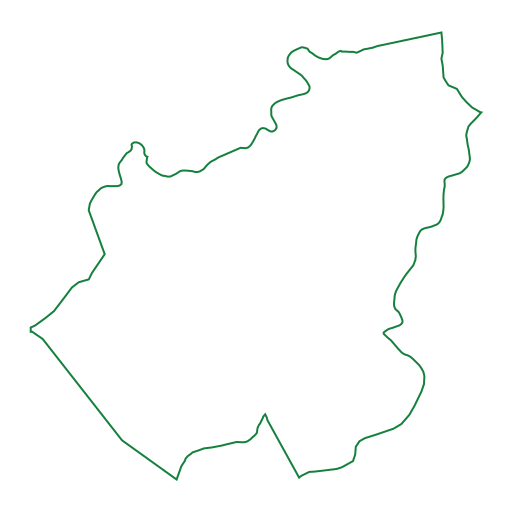 the district of Reunion, Choiseul, Saint Lucia
{"feature_id": "8701671B26165957358131", "entity_name": "Reunion", "entity_type": "district", "adm_level": 2, "iso_a3": "LCA", "parent_name": "Saint Lucia", "parent_adm1": "Choiseul", "projection": "mercator", "projection_center": [-61.044, 13.779], "detail": "fine", "context": "isolated", "style": "outline", "palette": "green", "viewbox_px": 512, "rotation_deg": 0, "n_neighbors": 0, "source": "geoboundaries", "source_scale": "gbopen_adm2", "svg_char_len": 6020}
<svg xmlns="http://www.w3.org/2000/svg" viewBox="0 0 512 512"><path d="M424.3,378.1L424.4,377.0L424.2,375.2L423.6,372.9L423.3,371.7L422.9,370.9L422.3,370.0L421.9,369.1L421.0,367.7L419.3,365.3L418.9,364.8L417.5,363.5L416.6,362.5L414.9,360.9L413.4,359.4L411.0,357.2L409.2,356.1L407.6,355.3L405.2,354.6L403.7,353.9L401.5,352.4L400.6,351.3L399.5,350.2L398.1,348.7L394.1,344.0L392.1,341.6L390.8,340.2L389.3,339.0L388.0,337.9L385.1,335.2L383.9,334.0L383.6,333.3L383.7,332.5L384.3,332.0L386.1,330.6L388.1,329.3L389.1,328.9L390.2,328.5L391.1,328.2L392.2,328.0L394.8,327.0L398.9,325.6L400.1,325.0L400.8,324.4L401.6,323.7L402.1,322.8L402.5,322.1L402.4,320.3L402.0,319.1L401.3,317.3L399.8,314.0L398.8,312.2L397.8,311.2L396.0,309.7L395.2,308.7L394.7,307.5L394.3,306.6L394.2,305.8L394.0,304.5L394.1,302.0L394.5,298.5L394.6,296.8L394.8,295.1L395.2,293.6L395.8,291.9L396.3,290.6L400.0,283.8L401.7,281.0L402.5,279.8L404.0,277.4L405.5,275.3L406.4,274.0L408.8,271.0L410.9,268.3L412.5,266.4L413.3,265.2L414.1,263.4L414.8,261.2L415.5,259.7L415.4,258.6L415.8,257.0L415.8,256.0L415.4,251.0L415.4,249.1L415.7,245.9L416.0,244.1L416.4,239.8L417.0,237.6L417.5,236.4L417.9,235.3L419.8,231.8L420.4,230.8L422.1,229.3L423.1,228.9L425.0,228.2L427.9,227.5L429.7,227.1L431.5,226.6L433.0,226.1L433.7,225.7L436.0,224.9L437.5,224.1L437.8,223.8L438.4,223.3L439.6,221.9L440.2,220.9L440.7,220.0L441.1,218.8L441.4,217.9L442.0,216.0L442.3,215.5L442.8,213.8L443.2,211.2L443.4,209.1L443.6,207.3L443.5,204.3L443.5,201.9L443.4,199.0L443.5,194.9L443.7,192.7L444.0,189.7L444.7,186.5L444.7,185.0L444.6,182.9L444.4,181.1L444.5,180.6L444.7,179.3L445.8,178.0L447.9,176.8L448.9,176.4L453.3,175.2L459.9,173.2L460.8,172.6L462.0,171.8L462.9,171.0L466.7,167.3L467.5,166.2L468.3,164.6L468.9,163.1L469.5,161.6L470.0,158.4L469.7,157.3L469.6,155.7L469.2,153.4L469.0,151.0L468.3,147.4L468.0,146.2L467.6,144.4L467.4,142.6L467.2,141.4L466.8,138.4L466.4,136.7L466.2,135.5L466.4,134.2L466.9,131.8L467.7,129.1L468.5,126.5L468.7,126.2L470.9,123.5L471.9,122.5L472.3,122.2L474.0,120.4L474.4,120.1L476.4,117.9L476.9,117.5L477.5,116.8L477.7,116.5L481.3,112.4L480.2,112.2L472.0,107.4L466.3,101.9L461.9,97.0L456.9,88.9L453.1,87.3L448.4,85.3L445.5,80.8L443.6,77.6L442.7,65.6L441.4,58.7L442.7,52.6L442.1,39.9L441.4,32.5L379.6,45.6L378.0,45.9L374.9,46.9L372.5,47.8L371.1,48.0L367.8,48.7L363.7,49.4L361.9,50.3L358.5,51.9L356.5,52.7L353.5,51.9L349.7,51.9L345.7,51.6L341.9,51.6L340.9,50.9L340.0,51.1L338.4,51.7L335.6,53.8L333.3,55.0L329.3,58.4L327.5,59.1L324.3,59.1L322.6,58.9L318.4,57.4L315.5,55.8L312.0,53.1L309.4,51.6L307.6,48.7L306.4,48.3L304.6,47.7L302.3,47.3L301.4,47.3L297.1,49.2L293.6,50.9L292.9,51.3L291.5,52.3L290.9,52.9L290.4,53.5L288.8,55.6L287.8,57.7L287.5,60.6L287.5,61.3L287.7,63.0L287.9,63.9L288.4,65.0L288.8,65.7L290.2,67.5L291.0,68.3L293.1,69.6L294.6,70.6L295.4,71.2L300.7,74.8L301.7,75.6L302.8,76.8L303.8,78.1L304.7,79.0L305.6,80.0L306.7,81.4L307.6,82.9L309.1,85.6L309.5,86.5L309.6,87.7L309.4,88.9L309.1,90.1L308.3,91.4L307.5,92.3L306.1,93.1L304.9,93.7L304.0,94.0L298.0,95.3L291.5,97.4L286.2,98.7L282.0,99.9L279.1,101.0L276.2,102.4L274.6,103.6L272.8,105.4L271.9,106.5L271.5,107.7L271.2,108.9L271.3,114.3L271.4,115.8L271.6,116.3L272.8,118.5L273.5,119.7L275.2,122.8L275.9,124.1L276.4,125.2L276.6,127.1L276.3,128.5L274.7,130.4L273.3,131.2L272.3,131.5L271.3,131.5L270.4,131.4L268.3,130.3L267.2,129.7L266.3,128.9L265.5,128.6L264.4,128.3L263.4,128.1L262.7,128.1L262.2,128.2L261.4,128.4L260.8,128.7L259.7,129.6L258.7,130.6L257.8,132.3L257.1,133.9L256.7,134.5L255.6,136.5L254.6,138.7L252.3,142.8L251.3,144.4L250.0,145.9L249.6,146.3L248.4,147.2L247.8,147.6L247.0,147.9L245.6,148.2L242.7,148.0L241.4,147.8L240.8,147.8L239.9,148.1L237.1,149.3L236.0,149.8L230.0,152.4L228.1,153.2L223.6,155.2L219.7,156.8L217.9,157.7L215.6,159.2L214.2,160.0L211.8,161.2L210.3,162.1L209.7,162.7L207.7,164.4L205.3,167.1L204.7,167.9L203.8,169.0L200.0,171.3L198.1,171.9L196.1,172.0L195.3,172.0L193.8,171.6L192.9,171.3L190.0,170.9L185.0,170.5L183.6,170.5L182.5,170.6L180.4,171.0L178.8,172.0L176.1,173.8L174.2,174.7L171.1,176.2L170.3,176.5L169.4,176.6L168.1,176.6L167.0,176.5L165.4,176.0L164.4,175.9L162.9,175.7L161.4,175.2L158.7,173.7L157.3,172.9L155.1,171.5L152.2,169.1L148.8,166.0L147.2,164.0L146.8,163.4L146.6,162.9L146.5,161.5L147.1,157.6L147.4,156.8L146.8,156.6L145.9,156.1L145.2,155.2L144.6,154.2L144.3,153.1L144.4,149.7L144.0,148.5L143.6,147.6L142.3,145.7L141.5,144.9L140.8,144.3L139.4,143.3L138.4,143.0L137.2,142.5L136.5,142.4L135.3,142.4L134.6,142.4L133.6,142.6L132.0,143.8L131.6,144.4L131.6,145.3L131.9,145.9L131.9,147.3L131.5,149.3L131.0,150.1L130.4,150.8L130.0,151.1L128.0,152.5L126.9,153.0L126.0,154.0L123.0,158.0L121.8,160.0L119.7,162.6L118.9,164.0L118.6,165.2L118.4,166.5L118.3,167.9L118.6,170.4L119.1,172.4L119.8,175.1L121.0,178.8L121.3,179.9L121.5,181.1L121.7,182.6L121.4,184.0L120.5,184.9L119.2,185.7L117.7,186.0L117.1,186.1L115.7,186.1L114.0,186.1L112.9,186.1L111.2,186.2L107.2,186.0L104.8,186.6L103.3,187.2L102.6,187.4L101.4,188.0L99.9,189.1L98.5,190.6L97.4,191.4L96.3,192.6L94.9,194.6L91.7,200.0L90.2,202.9L89.8,204.1L89.6,204.8L89.6,205.3L88.7,210.2L104.7,254.2L92.0,272.9L88.8,279.4L78.8,282.2L72.0,287.4L62.9,299.5L53.9,311.2L45.2,318.2L34.8,325.7L30.7,327.5L30.7,331.8L32.1,331.7L42.7,339.0L122.0,440.3L176.6,479.5L181.4,466.1L182.7,464.1L184.9,460.9L185.6,458.6L187.9,456.0L190.5,454.2L192.7,452.3L195.6,451.4L198.6,450.4L201.5,449.3L204.0,448.4L208.8,447.8L211.6,447.5L216.8,446.5L220.7,445.8L228.4,443.9L233.6,442.7L235.8,442.1L237.7,442.0L238.7,442.1L242.4,442.3L245.1,442.1L247.0,441.5L247.8,441.1L249.7,439.8L251.0,438.8L252.3,437.4L254.1,435.9L255.6,434.5L256.6,433.3L257.0,432.2L257.4,428.9L257.8,427.3L259.2,424.5L260.2,423.5L260.5,422.6L262.7,418.2L263.2,416.7L265.2,414.3L266.9,417.8L267.4,420.1L299.1,477.6L301.4,475.8L309.3,471.9L314.7,471.6L336.4,469.0L341.8,467.3L353.0,461.1L355.2,454.5L355.8,446.7L359.6,441.1L365.1,438.1L376.5,434.5L393.7,428.6L401.4,424.0L409.3,414.9L414.4,406.0L421.4,391.6L424.0,384.0L424.3,378.1Z" fill="none" stroke="#15803d" stroke-width="2"/></svg>